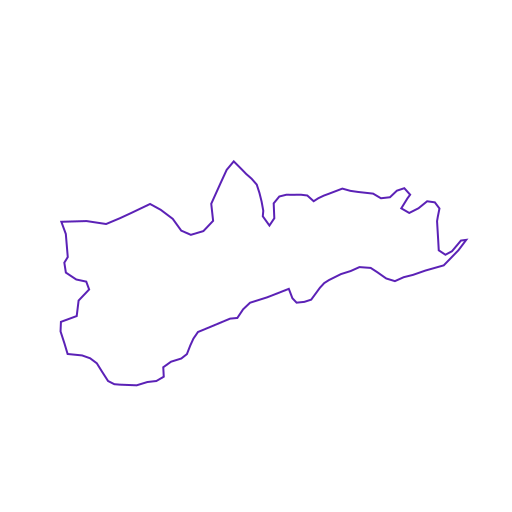 Jangheung-gun, South Jeolla, South Korea, rotated 256°
{"feature_id": "91817680B67324121140218", "entity_name": "Jangheung-gun", "entity_type": "district", "adm_level": 2, "iso_a3": "KOR", "parent_name": "South Korea", "parent_adm1": "South Jeolla", "projection": "natural_earth1", "projection_center": [126.923, 34.646], "detail": "fine", "context": "isolated", "style": "outline", "palette": "violet", "viewbox_px": 512, "rotation_deg": 256, "n_neighbors": 0, "source": "geoboundaries", "source_scale": "gbopen_adm2", "svg_char_len": 1596}
<svg xmlns="http://www.w3.org/2000/svg" viewBox="0 0 512 512"><g transform="rotate(256 256 256)"><path d="M206.5,49.5L201.6,63.2L196.9,70.3L190.4,75.6L181.1,78.6L170.5,82.2L165.9,87.5L164.1,92.8L159.4,108.9L160.0,120.1L159.1,127.0L158.8,129.0L161.2,137.3L170.5,139.1L174.0,148.0L174.6,158.7L177.5,165.2L185.1,170.6L191.0,175.3L196.3,181.3L196.8,184.8L201.5,215.7L200.4,222.9L207.4,230.6L212.1,238.9L213.2,256.8L216.2,279.9L206.2,281.1L200.9,284.1L199.8,291.8L200.3,299.0L209.7,310.3L213.2,315.6L215.0,321.0L217.9,334.1L218.5,344.2L220.2,353.7L216.7,364.4L210.9,369.8L202.7,376.9L198.0,384.7L199.7,394.2L199.7,403.8L200.9,416.9L201.5,435.9L211.3,451.7L212.6,453.8L220.8,463.9L221.4,458.6L213.2,447.3L211.4,440.1L217.3,434.7L226.7,436.5L246.0,440.1L250.1,441.9L257.7,445.5L264.8,442.5L267.7,435.3L263.0,425.2L260.7,415.1L267.1,408.5L275.3,416.9L278.2,420.4L285.9,416.3L285.3,408.5L280.6,400.2L281.8,391.2L288.2,384.7L293.5,370.4L296.4,363.3L300.5,356.1L298.7,341.2L298.2,336.5L297.0,330.5L295.2,325.2L302.3,320.4L304.6,314.4L306.3,307.3L308.1,300.2L308.1,293.0L302.8,285.9L297.0,284.7L288.2,282.9L282.3,276.4L292.9,272.2L298.1,274.0L307.5,274.6L316.3,274.6L325.1,274.0L332.1,270.4L338.0,266.3L343.2,263.3L353.2,257.3L346.7,248.4L335.6,239.5L317.5,225.2L300.5,222.9L292.9,211.0L292.3,197.9L298.7,189.6L312.2,184.2L323.9,174.7L332.1,165.8L328.0,145.7L325.6,133.2L323.3,118.3L330.9,100.0L336.3,75.4L323.4,76.8L300.5,73.1L295.9,68.4L285.9,67.5L276.7,75.9L272.2,85.1L263.9,86.0L255.7,73.1L241.1,67.5L239.3,50.8L230.1,48.1L217.3,49.0L206.5,49.5Z" fill="none" stroke="#5b21b6" stroke-width="2"/></g></svg>